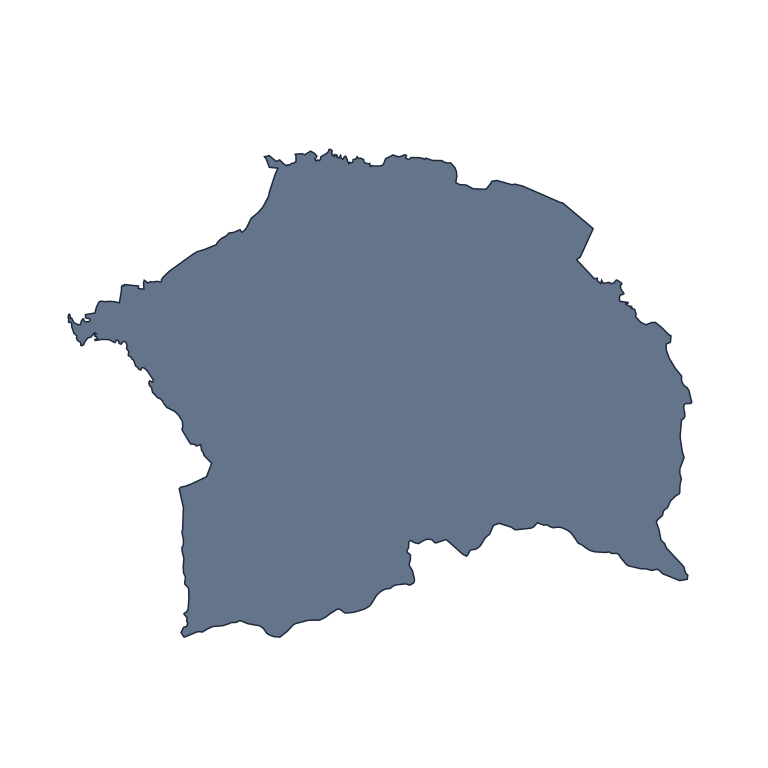 the district of Salcia, Prahova, Romania, rotated 80°
{"feature_id": "2599482B25993621139303", "entity_name": "Salcia", "entity_type": "district", "adm_level": 2, "iso_a3": "ROU", "parent_name": "Romania", "parent_adm1": "Prahova", "projection": "robinson", "projection_center": [26.322, 45.187], "detail": "fine", "context": "isolated", "style": "filled", "palette": "slate", "viewbox_px": 768, "rotation_deg": 80, "n_neighbors": 0, "source": "geoboundaries", "source_scale": "gbopen_adm2", "svg_char_len": 6148}
<svg xmlns="http://www.w3.org/2000/svg" viewBox="0 0 768 768"><g transform="rotate(80 384 384)"><path d="M596.7,605.9L594.2,599.2L593.1,594.2L594.0,584.8L593.1,578.1L592.4,576.1L593.1,571.1L592.1,567.7L592.3,566.3L596.5,559.5L600.5,548.5L603.7,545.2L609.1,542.8L610.9,540.9L613.6,536.4L615.2,530.5L610.9,522.4L605.3,515.0L604.6,512.6L603.5,499.1L605.4,488.5L603.5,481.9L600.9,477.1L597.6,469.1L598.2,466.5L602.4,462.6L603.0,461.2L603.6,453.2L602.7,445.3L602.0,441.5L600.3,437.0L598.2,434.5L590.9,428.1L588.4,424.4L586.8,420.8L586.1,417.7L586.5,413.5L584.5,409.9L583.9,407.2L584.6,397.2L586.6,393.7L585.1,389.3L583.0,388.1L580.4,387.9L572.8,388.4L566.7,390.8L561.4,388.5L557.0,387.6L553.8,390.2L552.5,390.5L549.4,388.2L544.4,387.2L542.7,385.4L543.0,384.2L544.5,383.1L546.1,380.5L547.2,377.6L545.3,373.0L544.3,368.6L545.5,364.0L548.8,361.8L549.6,360.5L547.9,349.8L565.2,336.1L567.9,332.8L567.2,331.5L563.1,328.3L562.5,326.5L562.7,322.7L562.2,321.0L559.8,316.9L553.3,311.3L550.0,305.9L542.3,300.8L541.2,294.8L547.3,283.2L549.7,281.0L550.5,279.4L551.5,264.2L550.6,261.2L547.3,257.2L550.8,251.0L550.9,248.0L553.2,245.5L554.9,242.5L555.2,237.5L556.2,234.1L559.8,228.8L561.9,226.6L564.3,225.0L574.9,220.1L576.1,217.8L581.3,212.9L583.9,209.7L585.9,205.4L588.5,194.6L588.4,191.7L590.4,189.2L591.4,183.8L592.8,182.4L596.2,181.1L603.9,176.6L605.7,174.5L610.7,162.7L611.4,158.3L614.1,152.8L613.8,147.7L615.1,145.4L619.2,142.6L629.0,126.9L629.0,119.3L625.0,118.0L622.7,119.8L615.9,120.5L594.6,134.3L589.8,135.4L585.9,138.3L575.1,138.5L567.2,139.8L565.2,138.0L561.8,132.6L558.0,131.0L556.7,129.7L555.2,126.4L548.8,122.0L544.8,116.1L543.6,112.7L542.4,111.6L535.2,110.2L528.8,107.6L523.5,108.2L518.8,107.3L508.5,101.2L502.7,102.0L490.1,101.7L486.4,101.3L472.4,97.6L471.0,97.0L470.0,94.7L468.3,93.4L465.2,92.9L459.4,93.1L456.2,91.7L455.7,90.4L456.4,85.3L455.5,84.1L443.4,84.8L440.1,86.2L438.1,88.4L435.2,89.8L432.0,90.4L427.9,89.5L419.4,94.3L407.9,98.7L398.8,100.2L393.7,99.1L392.6,94.7L386.4,93.0L385.0,94.8L376.5,100.8L370.5,106.0L369.9,109.7L371.2,115.6L368.0,120.3L361.2,124.6L359.1,123.6L354.0,124.2L352.4,127.4L351.5,126.5L350.6,126.7L350.3,128.3L347.2,132.2L346.6,132.0L346.6,129.4L346.1,129.4L343.6,137.1L341.2,137.5L338.8,136.8L337.3,135.3L337.3,133.2L336.6,132.0L331.8,134.2L327.9,134.3L327.3,132.6L325.7,132.6L322.1,136.5L322.0,137.2L324.3,139.9L324.7,142.7L323.0,144.6L323.0,150.6L319.6,151.7L322.7,153.2L319.3,155.9L316.9,155.5L316.8,158.6L295.0,172.8L293.1,168.7L267.3,151.0L236.8,176.5L235.5,179.4L213.1,213.1L210.0,220.1L209.9,223.5L203.1,237.6L203.1,242.7L205.4,244.5L209.4,249.0L209.8,250.6L207.2,262.3L202.3,268.5L200.8,274.9L198.0,278.3L192.1,276.2L187.4,275.8L183.5,276.5L178.2,279.6L177.7,280.4L177.4,283.3L175.8,286.4L174.0,288.3L172.2,297.6L168.8,303.7L169.9,305.1L168.7,306.2L167.2,310.0L165.7,318.1L167.3,320.5L165.6,323.2L164.9,323.3L163.2,322.2L161.8,323.4L162.7,327.9L162.8,330.3L160.0,335.3L162.4,343.3L167.2,346.2L168.5,347.9L168.5,351.0L167.3,357.4L166.6,358.0L167.4,359.5L166.6,360.0L164.3,359.8L164.6,360.6L163.4,363.6L162.0,365.1L159.4,365.1L157.6,367.6L157.4,370.0L155.5,371.0L157.7,372.7L157.5,375.4L159.4,375.8L160.5,377.1L160.6,377.9L159.7,379.4L160.7,379.6L160.9,380.4L159.0,381.2L156.6,381.2L153.2,382.1L152.8,382.7L153.1,383.4L155.7,385.6L154.1,386.9L151.3,387.0L153.5,389.3L152.0,391.1L150.7,390.4L150.2,390.9L149.5,392.5L151.3,393.4L150.1,395.2L149.0,394.5L147.9,395.7L145.2,394.5L143.7,395.8L143.5,397.5L145.2,398.1L147.0,400.6L149.3,406.8L151.4,407.4L152.9,409.0L151.7,410.7L152.6,412.1L152.2,412.5L150.2,413.0L149.2,411.3L147.7,410.5L144.5,412.7L141.9,415.9L144.5,422.3L143.0,424.5L142.3,430.9L142.4,431.6L144.3,431.1L149.5,432.0L150.9,434.8L150.7,436.8L151.8,438.3L151.5,440.5L152.1,442.1L149.6,444.7L145.2,447.8L146.1,451.5L139.2,457.3L139.0,458.0L139.5,458.9L139.3,462.2L142.2,460.9L150.7,459.3L153.0,451.0L158.1,454.5L174.6,463.3L179.3,465.2L188.6,472.5L193.2,478.0L197.7,486.0L205.3,491.5L207.7,493.6L209.4,496.2L209.9,497.6L207.0,499.0L208.6,505.6L208.4,510.5L210.7,513.5L212.4,518.7L213.6,520.7L215.6,523.5L217.7,524.8L220.5,538.3L221.3,545.2L222.9,549.4L235.6,575.7L240.6,583.2L242.8,585.1L244.3,585.3L244.7,586.1L243.5,589.7L243.3,595.4L242.7,596.1L243.4,598.9L240.2,602.1L242.8,603.3L249.0,604.0L247.3,609.3L244.9,608.7L241.0,622.3L242.0,622.6L241.4,624.5L242.6,625.6L246.5,626.4L258.1,630.5L256.1,635.4L254.8,640.6L254.5,644.5L253.3,648.1L253.6,650.3L258.4,653.9L263.9,656.3L263.8,666.0L266.4,666.4L267.5,665.6L268.5,662.9L269.2,662.4L270.5,662.4L271.3,663.3L270.9,667.4L270.0,668.2L267.8,668.5L267.5,669.0L269.2,671.0L272.9,672.6L272.1,675.8L269.6,678.7L264.8,680.2L264.3,681.5L261.3,681.3L260.6,681.7L260.8,682.5L264.3,683.6L265.2,683.1L268.1,683.9L268.6,683.6L269.0,681.7L269.9,681.1L273.4,681.6L280.1,680.6L283.1,678.2L285.8,678.9L288.4,677.9L289.6,676.2L291.3,675.6L293.2,675.9L293.9,675.2L293.2,673.0L290.5,671.2L287.4,668.0L286.8,664.1L284.3,661.8L283.3,659.7L284.6,658.5L285.4,660.7L286.6,660.6L287.6,659.0L289.4,658.0L289.8,658.6L289.8,660.6L290.4,661.1L291.1,660.8L291.1,653.9L292.6,647.0L296.5,642.0L296.4,641.3L294.4,640.1L294.4,639.4L295.5,638.0L298.0,637.8L299.2,636.0L297.0,633.9L297.1,632.3L298.0,631.0L301.3,630.3L304.4,631.4L307.5,629.8L311.7,630.9L313.6,628.4L315.4,628.1L317.2,626.4L323.2,625.4L324.4,624.1L327.0,622.8L328.0,621.1L325.7,619.5L326.5,617.6L329.8,614.9L340.1,610.5L341.8,611.1L341.6,612.2L340.2,614.1L341.5,615.3L344.7,615.3L347.1,613.6L352.0,613.4L358.2,609.3L359.9,606.7L362.4,605.0L365.4,604.1L369.5,601.8L374.6,594.9L378.7,591.9L385.5,589.1L391.3,589.6L393.1,590.7L394.6,590.7L407.0,586.0L409.6,584.7L410.3,581.3L412.4,579.7L412.0,575.0L417.5,575.2L420.3,573.9L423.2,573.6L432.1,567.5L444.5,574.9L449.0,591.2L450.2,597.4L450.3,602.1L451.8,603.9L471.0,603.0L491.8,607.5L495.4,608.8L501.9,608.5L507.5,609.5L510.1,611.4L513.7,611.9L521.2,611.4L529.1,613.5L535.1,614.2L539.7,613.1L546.3,615.1L550.4,612.3L552.2,612.0L561.5,613.4L571.0,615.8L573.8,617.6L575.2,620.7L576.0,620.9L580.0,618.5L583.2,619.6L586.0,618.7L586.3,619.4L588.3,620.0L588.9,623.7L593.6,627.1L598.7,624.8L595.8,611.8L595.7,609.2L596.7,605.9Z" fill="#64748b" stroke="#1e293b" stroke-width="1.5"/></g></svg>